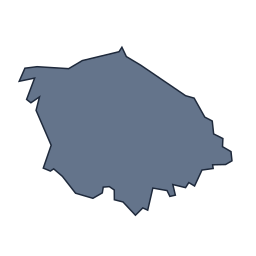 the district of DeKalb, Tennessee, United States of America, rotated 164°
{"feature_id": "52423323B12526845060085", "entity_name": "DeKalb", "entity_type": "district", "adm_level": 2, "iso_a3": "USA", "parent_name": "United States of America", "parent_adm1": "Tennessee", "projection": "equal_earth", "projection_center": [-85.84, 35.98], "detail": "fine", "context": "isolated", "style": "filled", "palette": "slate", "viewbox_px": 256, "rotation_deg": 164, "n_neighbors": 0, "source": "geoboundaries", "source_scale": "gbopen_adm2", "svg_char_len": 749}
<svg xmlns="http://www.w3.org/2000/svg" viewBox="0 0 256 256"><g transform="rotate(164 128 128)"><path d="M111.6,207.3L115.6,203.8L153.4,205.4L168.7,201.4L198.5,212.0L210.6,213.9L219.7,202.9L204.0,201.7L217.6,183.4L214.4,179.0L204.5,182.3L211.5,170.3L206.6,132.6L220.5,112.8L214.5,108.0L210.7,109.2L204.4,99.6L196.4,79.8L181.1,70.1L170.6,72.7L168.1,78.0L162.1,76.8L158.3,72.2L160.9,62.8L153.2,58.3L144.9,42.1L135.8,47.1L131.7,43.6L120.7,63.4L107.7,57.1L106.6,50.7L101.0,50.4L100.5,61.3L89.1,54.8L84.6,58.8L80.0,53.9L68.5,67.2L57.3,65.6L56.8,69.3L44.3,66.0L37.1,67.8L35.5,76.9L42.3,84.0L39.7,91.7L47.3,98.7L45.1,111.5L51.2,117.3L56.2,138.5L63.8,143.2L98.4,184.8L109.9,197.1L111.6,207.3Z" fill="#64748b" stroke="#1e293b" stroke-width="1.5"/></g></svg>